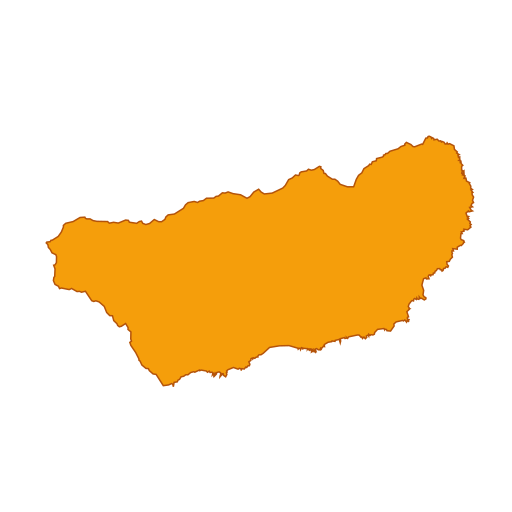 Santo Andre, Porto Novo, Cabo Verde (Natural Earth projection), rotated 187°
{"feature_id": "66160863B70751634637165", "entity_name": "Santo Andre", "entity_type": "district", "adm_level": 2, "iso_a3": "CPV", "parent_name": "Cabo Verde", "parent_adm1": "Porto Novo", "projection": "natural_earth1", "projection_center": [-25.312, 17.075], "detail": "fine", "context": "isolated", "style": "filled", "palette": "amber", "viewbox_px": 512, "rotation_deg": 187, "n_neighbors": 0, "source": "geoboundaries", "source_scale": "gbopen_adm2", "svg_char_len": 6003}
<svg xmlns="http://www.w3.org/2000/svg" viewBox="0 0 512 512"><g transform="rotate(187 256 256)"><path d="M465.8,243.4L464.0,242.0L463.1,239.2L461.0,237.4L458.9,234.3L454.8,232.9L453.9,231.1L453.3,225.1L454.4,222.7L455.7,222.2L453.9,218.7L453.3,211.2L454.0,210.1L454.1,206.9L452.0,203.3L448.4,201.9L447.0,199.7L445.3,200.5L437.3,199.9L435.1,201.3L429.3,198.9L426.8,199.4L424.8,198.8L421.0,200.2L413.6,191.6L411.5,191.1L409.5,192.0L406.1,191.3L400.5,187.5L397.3,181.7L393.9,179.0L391.2,179.2L389.3,174.5L385.8,171.9L384.8,170.2L383.0,169.1L381.1,169.8L377.2,173.1L374.2,169.3L374.1,167.5L370.9,165.4L370.2,158.4L369.2,156.3L370.7,154.9L369.3,152.0L363.7,145.6L359.8,139.8L359.4,138.2L358.3,137.6L356.0,133.9L351.5,131.0L349.1,131.1L347.9,129.2L343.8,126.4L340.7,126.3L332.2,116.0L327.0,117.4L324.2,119.1L323.0,118.6L322.1,116.2L321.9,120.6L318.8,121.5L318.3,123.3L316.9,124.2L315.6,127.0L313.1,127.8L311.2,129.6L309.1,129.8L306.6,132.4L303.6,133.6L302.6,133.2L298.3,135.9L297.8,135.3L296.7,136.1L291.3,135.8L290.0,134.7L288.4,136.0L287.4,134.8L285.4,135.3L284.6,134.4L284.7,132.8L283.6,134.4L283.2,131.9L282.3,133.7L282.2,132.3L280.9,134.1L280.9,135.5L278.5,136.5L276.9,135.8L276.8,134.6L275.6,134.9L277.0,132.7L277.0,131.7L275.5,134.0L274.0,134.8L273.7,133.6L271.4,132.4L270.5,134.8L271.2,136.6L270.5,137.3L271.2,138.3L270.0,139.7L264.8,142.6L260.0,141.5L258.9,142.5L256.9,142.2L256.9,140.5L256.2,142.5L253.9,142.4L252.6,144.5L251.7,144.2L250.4,146.2L249.2,146.3L248.9,147.8L250.2,150.1L248.4,151.7L248.5,153.4L247.4,154.2L246.7,153.3L246.1,154.6L244.7,154.3L243.7,155.5L241.8,156.1L242.1,156.6L241.0,158.3L239.0,158.6L236.9,160.4L231.4,166.9L221.8,169.7L212.3,171.1L203.2,169.6L202.8,168.7L202.1,169.7L200.9,169.7L200.4,168.5L199.7,170.6L198.4,170.3L198.4,168.8L198.0,170.2L193.5,170.3L193.5,169.7L193.2,170.2L191.9,169.2L191.8,170.2L190.3,170.4L190.4,169.5L189.8,169.8L189.6,169.0L188.5,169.9L189.0,167.6L188.3,168.1L187.9,169.8L186.6,168.0L186.0,168.5L185.3,167.9L185.3,168.3L186.9,169.2L186.5,169.8L185.0,169.0L185.8,170.9L184.5,171.5L182.7,170.5L181.3,170.6L180.8,171.8L180.2,170.9L179.8,171.4L180.4,172.6L179.1,172.9L178.0,174.8L177.0,174.5L177.4,176.5L173.9,179.2L170.4,180.2L170.2,180.9L167.2,180.9L167.1,181.9L163.2,183.4L161.8,180.1L161.6,181.9L162.3,184.2L158.2,185.8L157.7,185.0L155.7,185.6L155.9,186.0L155.0,185.4L154.3,187.0L145.9,189.9L144.0,190.1L141.9,188.2L141.2,188.6L140.2,187.1L139.0,188.7L137.4,187.2L136.2,188.7L136.7,190.1L135.1,191.2L134.4,190.3L134.5,192.0L133.1,191.1L132.4,191.9L130.3,191.9L129.0,192.8L128.9,194.5L126.4,198.0L120.2,199.6L119.4,198.5L119.3,199.1L117.5,198.9L116.9,197.8L113.3,197.9L110.4,203.3L110.9,205.3L108.8,207.7L102.7,209.9L101.7,209.5L100.5,210.7L98.5,208.7L98.1,210.2L96.2,209.4L96.8,210.1L96.4,211.5L97.6,211.5L98.2,212.6L98.2,213.6L97.2,214.2L99.5,219.1L97.1,222.1L97.7,222.0L97.6,223.1L98.7,224.3L98.3,226.8L96.5,229.9L95.7,230.8L94.2,230.6L94.1,232.4L93.3,233.2L91.6,232.4L91.3,233.9L90.8,233.0L89.1,232.8L88.6,233.6L88.9,235.2L87.6,233.9L86.5,234.2L83.6,232.9L82.1,234.2L82.4,235.4L84.2,236.0L85.5,237.8L85.4,242.3L87.8,247.3L86.9,253.9L84.7,255.0L84.1,254.0L81.5,254.5L82.6,256.7L82.2,258.0L81.2,258.5L79.9,257.1L80.4,258.5L78.0,259.0L77.9,260.6L76.6,260.9L76.3,262.8L75.2,263.5L74.4,265.5L72.1,265.9L71.4,264.8L70.1,264.9L69.5,263.7L68.6,264.4L68.3,266.5L66.9,266.8L66.0,268.5L64.3,268.1L63.8,269.6L65.4,271.1L66.0,273.6L63.5,274.2L62.7,276.5L60.9,278.8L61.8,281.1L61.3,282.5L62.0,283.5L62.1,284.9L60.6,285.1L61.6,287.3L57.1,287.3L57.3,289.3L54.4,291.5L53.5,291.4L51.7,293.8L51.6,295.2L51.0,295.2L51.7,296.6L54.4,297.3L55.2,298.6L55.3,303.1L54.1,303.4L55.2,304.9L52.6,306.0L53.0,307.0L52.2,307.5L52.5,307.9L49.1,307.8L46.2,310.9L47.3,312.0L46.3,313.5L47.7,314.2L47.4,315.9L50.7,318.4L49.5,319.2L50.8,320.3L49.9,321.1L51.4,321.3L52.8,324.2L50.7,326.6L50.0,325.8L46.7,327.1L48.0,327.7L49.9,330.3L47.1,331.2L48.7,332.3L48.0,334.5L46.6,335.5L47.9,337.7L47.2,341.0L48.9,343.1L49.3,345.4L48.6,345.6L50.7,347.8L49.4,348.4L51.2,349.5L51.3,351.5L53.2,354.0L52.8,354.8L56.2,356.0L57.1,358.8L58.2,358.5L58.3,359.6L58.9,359.1L58.4,361.1L60.4,361.6L59.4,362.2L59.9,364.9L60.8,362.5L61.9,363.2L61.7,364.9L60.6,365.8L62.4,366.3L62.8,370.1L61.8,371.2L63.6,372.7L64.1,374.7L64.7,374.1L65.0,375.8L66.1,375.7L65.5,376.4L65.9,379.2L67.0,378.5L67.8,380.7L66.7,381.4L69.4,382.7L68.9,383.8L72.0,386.0L73.0,389.5L77.5,391.1L79.0,390.4L80.1,391.6L80.5,390.5L81.9,390.2L83.2,391.8L85.4,392.4L85.9,391.8L86.8,392.8L88.4,392.4L90.4,394.0L93.5,393.0L93.9,394.3L95.4,394.9L96.0,394.1L96.8,395.5L98.8,396.0L99.8,395.5L100.2,394.1L101.8,393.7L104.2,387.1L105.2,387.3L111.9,383.7L113.6,383.8L115.8,385.5L120.6,387.1L122.0,385.2L121.8,384.1L125.5,382.3L128.1,379.7L135.8,376.3L137.9,373.9L139.7,373.5L140.2,372.3L141.7,371.7L141.7,370.4L142.6,369.6L148.2,367.4L148.2,365.2L152.0,363.7L152.8,360.9L154.4,361.0L155.2,359.4L159.5,355.9L161.1,351.4L164.0,348.6L165.8,344.3L167.5,336.6L173.6,335.8L181.2,337.4L184.0,340.2L187.0,341.8L189.5,341.5L194.9,344.0L197.1,346.3L198.6,346.3L199.7,349.1L202.5,350.8L202.5,352.5L204.0,352.7L208.7,348.9L211.6,347.9L214.5,348.5L216.1,346.6L221.4,345.0L222.7,343.8L223.0,341.6L223.7,341.0L226.7,341.2L229.5,337.9L232.9,335.8L235.5,329.6L237.7,326.7L247.6,320.4L255.3,318.6L258.7,320.1L261.5,322.6L266.0,319.2L269.1,314.2L272.0,312.2L278.8,314.9L286.4,315.1L291.5,316.2L294.3,314.7L297.1,314.6L300.6,310.9L302.9,310.3L305.0,308.3L312.2,307.3L315.0,304.6L318.7,303.5L320.5,302.0L324.0,302.6L329.9,300.7L332.2,298.2L333.8,294.5L342.1,287.7L348.2,286.1L350.2,283.8L350.9,281.2L353.9,278.5L356.8,278.2L361.4,279.8L365.6,275.3L369.2,273.8L372.4,274.6L373.9,276.7L376.0,276.0L378.4,273.9L385.8,274.1L387.0,275.8L389.8,275.8L396.7,271.9L401.5,272.1L405.6,270.7L407.5,272.1L418.2,271.0L422.1,271.3L425.2,272.6L428.4,272.2L429.9,272.6L430.6,273.7L435.3,272.8L441.7,267.9L448.8,265.3L450.9,262.9L450.7,261.2L452.1,256.1L454.7,251.3L460.1,246.9L461.4,246.6L462.1,245.1L465.4,244.3L465.8,243.4Z" fill="#f59e0b" stroke="#b45309" stroke-width="1.5"/></g></svg>